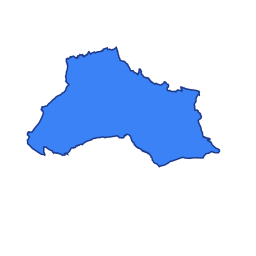 the district of Nes nor, Akershus, Norway, rotated 123°
{"feature_id": "86288312B33939315722531", "entity_name": "Nes nor", "entity_type": "district", "adm_level": 2, "iso_a3": "NOR", "parent_name": "Norway", "parent_adm1": "Akershus", "projection": "mercator", "projection_center": [11.47, 60.171], "detail": "fine", "context": "isolated", "style": "filled", "palette": "blue", "viewbox_px": 256, "rotation_deg": 123, "n_neighbors": 0, "source": "geoboundaries", "source_scale": "gbopen_adm2", "svg_char_len": 5761}
<svg xmlns="http://www.w3.org/2000/svg" viewBox="0 0 256 256"><g transform="rotate(123 128 128)"><path d="M197.2,186.2L196.0,184.0L196.2,183.1L195.8,183.0L193.7,185.8L189.7,188.3L189.5,187.5L188.5,186.1L189.0,184.9L189.0,182.5L188.6,179.3L188.3,179.1L189.3,178.1L189.2,177.1L189.5,176.4L188.4,176.2L188.5,175.4L188.1,175.0L188.1,174.2L187.3,173.5L187.2,172.9L187.4,172.6L186.7,171.0L186.5,169.6L186.7,169.1L186.3,168.0L186.4,167.8L185.9,167.5L185.2,166.4L185.1,166.6L184.5,166.4L184.0,167.2L183.8,166.7L183.1,166.6L182.9,166.2L183.1,165.5L183.0,165.4L183.1,165.0L183.0,164.6L182.7,165.3L179.6,164.4L175.9,164.7L175.1,164.1L174.6,163.0L174.1,162.9L174.1,162.6L173.3,161.8L172.6,161.5L171.1,161.8L170.9,161.5L170.8,160.8L170.4,160.5L169.8,160.7L168.9,159.9L169.0,159.6L168.9,159.5L168.2,159.5L167.1,158.4L166.8,157.8L166.9,157.3L166.0,157.0L165.5,157.2L161.6,155.4L157.5,152.0L156.5,152.0L155.8,151.5L154.5,149.9L152.8,148.5L151.2,146.2L149.4,144.7L148.7,142.8L148.6,141.9L146.9,140.6L146.1,139.2L140.7,133.1L140.3,132.5L140.5,131.9L140.5,131.1L140.8,129.9L139.1,126.9L138.1,126.3L136.3,126.9L135.8,126.7L135.7,126.3L135.7,125.8L135.5,125.7L134.9,125.9L133.8,125.5L133.2,123.5L133.6,121.7L134.2,120.6L136.4,118.2L137.5,115.6L137.1,115.0L137.3,114.7L138.1,113.7L138.7,113.6L138.5,112.6L139.1,111.6L138.9,110.2L139.3,110.0L139.2,109.0L139.0,108.7L139.3,108.5L138.7,106.6L138.8,106.0L138.6,105.7L139.0,105.4L139.0,104.5L139.3,103.8L138.9,103.4L139.3,102.9L139.0,102.7L139.2,102.4L138.5,101.9L138.9,101.3L138.6,100.6L138.9,100.2L138.5,99.8L138.4,99.2L138.1,99.1L138.3,98.8L138.2,98.5L138.5,97.9L138.2,97.7L138.5,97.4L138.1,96.8L138.4,96.0L138.3,95.4L138.6,95.1L138.7,94.5L139.1,93.3L139.8,92.9L140.0,91.7L140.7,90.8L141.7,90.2L141.8,89.4L142.7,87.8L142.9,86.4L142.3,84.0L142.6,83.5L142.6,82.7L143.4,80.7L141.8,79.9L141.2,79.0L138.4,76.7L135.4,75.2L133.3,74.6L131.8,73.1L123.4,66.7L122.5,65.5L122.2,64.1L119.9,59.8L117.0,56.5L112.3,48.8L110.0,49.0L107.1,48.6L105.1,46.5L102.1,45.0L101.8,42.9L101.1,41.2L99.5,38.7L97.4,38.7L96.6,39.5L96.6,41.8L97.1,42.8L96.4,47.9L94.6,50.9L95.1,52.1L94.5,52.3L94.7,52.8L94.6,53.1L95.0,53.5L95.1,54.4L94.7,54.6L94.8,54.4L94.5,54.1L93.6,54.0L92.7,53.2L92.4,53.7L92.9,54.7L92.9,55.4L93.4,56.0L93.6,57.5L93.9,57.6L93.8,57.9L93.9,59.2L94.7,59.4L94.0,60.8L91.4,63.1L90.0,65.3L88.0,67.1L86.9,68.7L86.0,70.3L83.8,73.1L82.2,73.0L80.3,72.1L78.5,72.7L78.3,73.3L77.5,73.8L77.1,75.2L76.7,75.1L76.4,75.8L76.6,76.2L76.4,76.7L76.5,76.9L76.3,77.7L76.1,77.9L76.1,78.4L75.4,78.6L75.5,79.1L75.3,79.7L76.0,80.9L76.7,81.5L75.7,82.5L75.2,82.6L74.5,83.2L74.5,83.4L73.4,83.8L72.8,84.9L70.8,85.6L68.8,85.4L67.2,86.5L65.2,87.3L61.5,87.4L61.5,86.2L60.0,87.4L58.9,87.8L59.1,88.7L58.7,88.8L59.5,91.6L62.3,97.4L62.7,98.7L63.0,99.0L63.8,101.6L63.7,101.8L64.0,102.5L63.9,103.0L64.3,103.4L64.5,104.2L64.3,104.9L64.8,105.0L65.0,105.9L65.7,105.2L66.9,103.1L67.8,102.9L67.9,104.5L69.2,107.2L71.6,107.5L71.4,108.2L72.0,108.7L72.4,109.7L73.2,110.1L73.8,112.5L73.8,113.4L74.5,114.4L74.9,114.5L74.8,115.7L73.0,117.1L71.5,116.5L70.4,117.0L70.3,117.3L69.6,118.0L69.9,118.7L69.8,120.1L69.5,120.4L69.5,120.9L69.2,121.2L69.3,121.6L69.1,122.1L69.7,122.7L70.8,122.5L71.5,122.6L73.9,123.8L74.5,124.5L75.4,129.0L76.3,129.0L76.7,129.8L76.5,130.0L76.7,131.2L76.3,132.3L76.8,132.9L76.5,133.6L76.7,134.0L76.4,134.1L76.5,134.4L76.3,134.6L76.4,135.2L75.9,135.7L76.0,136.1L75.7,136.3L75.8,136.8L75.4,137.0L75.2,137.4L75.3,137.8L75.1,138.2L75.1,138.7L75.8,138.9L75.9,139.3L75.8,140.5L76.4,141.3L76.5,143.0L75.8,144.3L75.6,145.8L74.0,147.3L73.4,147.4L73.2,147.7L73.4,147.8L73.0,148.2L72.7,149.0L72.1,149.4L72.1,150.6L71.9,150.7L72.6,150.6L75.1,149.2L75.2,149.4L75.9,149.3L75.8,149.1L76.0,149.0L76.4,149.2L77.0,148.9L78.0,149.1L77.8,150.1L77.6,150.3L77.8,152.0L78.0,152.8L77.8,153.6L77.2,154.6L77.7,155.8L78.5,156.8L78.0,158.0L77.2,158.8L75.2,162.8L74.8,162.9L74.7,165.1L74.2,166.5L74.4,167.3L74.2,167.9L74.9,168.9L75.5,171.5L74.4,172.5L73.2,174.6L72.1,175.5L71.2,176.9L70.0,177.7L69.7,178.6L69.3,178.5L66.8,181.8L69.2,182.5L70.0,182.9L70.4,183.5L71.2,183.7L71.7,184.8L71.7,185.8L71.9,186.3L73.2,187.5L72.7,188.4L72.1,189.0L75.3,191.6L76.0,191.6L76.4,191.3L76.8,191.7L77.2,191.4L77.9,191.7L77.9,192.2L78.0,192.4L79.5,193.3L80.3,194.4L80.3,194.7L81.8,195.8L82.6,196.0L82.8,196.8L82.5,197.3L82.7,197.7L85.6,199.5L86.4,199.5L85.3,202.3L86.1,202.5L88.6,202.0L89.0,202.3L89.1,202.9L89.8,202.7L90.3,203.1L91.3,203.0L91.8,203.6L91.6,203.7L91.8,203.9L91.5,203.9L91.8,204.1L91.5,204.2L91.7,204.5L91.7,205.2L91.9,205.3L91.2,206.0L91.9,206.4L92.1,207.2L92.7,207.8L92.7,208.2L93.1,208.0L93.9,208.3L94.8,209.3L95.1,209.0L95.7,209.2L96.3,208.2L97.0,208.6L96.9,208.7L97.1,209.2L97.5,209.7L97.3,209.8L97.5,210.1L97.4,210.2L97.8,210.8L97.5,211.7L97.5,213.0L99.2,214.2L99.2,214.8L99.3,214.9L99.6,215.1L99.9,214.5L100.3,214.5L101.2,215.3L102.3,215.6L102.4,216.2L102.7,216.0L103.4,216.8L103.3,217.1L103.8,217.3L104.5,216.6L105.8,216.0L106.4,215.2L107.0,213.9L107.5,214.0L107.9,213.2L108.1,213.1L108.1,212.9L108.6,212.5L111.9,210.8L114.9,210.1L115.9,209.1L117.8,208.8L118.9,208.3L120.7,206.4L122.2,205.5L122.7,205.7L123.0,204.4L123.5,203.3L123.6,201.5L123.8,201.1L126.0,201.7L128.1,201.6L129.2,201.1L131.1,200.9L133.0,201.2L134.5,202.1L137.0,202.7L139.0,204.2L141.3,205.3L143.2,205.5L144.6,206.2L149.2,207.1L150.6,207.7L153.7,208.0L154.8,209.3L155.8,209.9L157.0,211.6L157.9,211.0L158.7,211.2L159.3,210.5L159.9,210.7L160.0,210.2L159.8,209.9L160.4,209.2L160.2,208.4L161.7,207.0L165.4,206.1L172.0,205.3L179.9,206.2L183.4,206.2L184.5,207.3L184.9,208.4L185.4,208.5L185.3,209.1L185.5,209.4L186.3,209.5L187.0,209.0L187.2,209.3L188.5,208.6L189.0,206.0L191.8,205.5L193.0,205.8L194.6,204.3L195.8,203.7L196.1,201.3L197.2,197.0L197.2,191.1L197.3,190.1L197.2,186.2Z" fill="#3b82f6" stroke="#1e3a8a" stroke-width="1.5"/></g></svg>